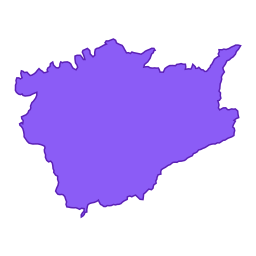 Natividade da Serra, São Paulo, Brazil (orthographic projection)
{"feature_id": "56859067B75442298859642", "entity_name": "Natividade da Serra", "entity_type": "district", "adm_level": 2, "iso_a3": "BRA", "parent_name": "Brazil", "parent_adm1": "São Paulo", "projection": "orthographic", "projection_center": [-45.377, -23.427], "detail": "fine", "context": "isolated", "style": "filled", "palette": "violet", "viewbox_px": 256, "rotation_deg": 0, "n_neighbors": 0, "source": "geoboundaries", "source_scale": "gbopen_adm2", "svg_char_len": 4460}
<svg xmlns="http://www.w3.org/2000/svg" viewBox="0 0 256 256"><path d="M181.6,161.1L184.6,160.4L185.9,159.5L187.3,158.1L189.6,156.9L192.3,155.7L193.4,153.6L195.4,152.9L197.2,151.8L198.5,150.0L200.8,149.4L203.0,148.3L204.7,147.7L206.4,146.7L209.0,145.0L211.5,144.2L213.2,143.9L215.2,144.0L217.4,142.8L219.4,142.9L221.4,141.6L223.1,140.4L225.0,140.1L228.0,138.2L231.8,136.8L233.9,135.5L234.1,132.8L234.7,130.6L234.2,128.2L232.7,127.0L233.2,125.2L234.1,123.4L235.4,121.1L234.0,120.3L236.4,118.5L238.7,117.6L238.0,114.3L237.7,111.0L235.3,108.9L233.8,109.2L231.6,108.9L229.0,109.8L227.5,109.6L225.8,107.8L223.2,107.9L221.7,108.7L219.7,109.9L218.4,107.9L219.0,105.0L218.5,102.8L217.8,100.8L219.4,100.3L220.9,98.2L220.3,95.8L220.5,92.9L219.0,91.1L219.8,88.7L220.0,85.9L220.2,83.8L221.0,81.8L221.7,79.2L221.4,77.0L222.3,74.9L224.4,72.0L223.4,70.0L222.8,67.8L225.3,64.2L226.9,60.8L229.4,59.8L231.0,58.2L233.2,56.8L235.4,54.2L236.4,51.5L238.5,49.2L240.6,45.7L238.2,45.1L235.6,45.1L234.1,45.9L231.3,47.1L228.8,48.6L226.1,49.5L223.8,49.1L222.0,49.8L219.0,49.7L219.3,51.9L218.2,53.9L219.2,56.1L217.7,56.8L215.9,58.1L214.4,59.2L213.4,61.3L211.9,64.1L210.6,65.5L210.0,67.5L208.7,68.6L207.7,70.1L206.4,71.4L204.6,71.4L203.2,69.9L201.2,69.7L198.8,67.3L197.5,68.3L195.7,68.4L195.2,66.7L192.8,64.3L191.8,67.3L190.8,69.1L188.6,68.8L185.3,69.3L185.8,67.0L185.4,64.2L183.1,64.2L181.1,63.6L179.0,64.1L176.7,64.4L175.5,65.7L172.5,65.5L169.6,65.6L167.2,66.9L165.0,68.5L163.3,72.2L160.1,72.1L159.4,70.0L158.4,68.0L156.6,68.1L154.6,67.9L152.5,68.1L150.1,67.8L148.1,66.6L145.4,66.8L143.8,67.1L144.5,64.5L146.0,63.2L147.7,61.8L150.1,58.3L151.0,55.7L151.7,53.9L153.3,52.7L153.7,50.9L155.1,50.3L153.9,48.4L151.7,48.3L149.5,49.4L147.4,50.2L145.3,51.2L143.5,52.7L141.1,54.2L138.9,53.7L136.5,53.2L133.8,52.7L131.9,52.0L130.4,53.5L128.5,52.7L126.5,52.9L125.6,51.2L124.5,49.4L123.4,47.2L122.1,45.4L119.7,44.5L118.2,43.8L116.5,42.9L115.6,40.3L113.4,39.0L110.6,40.1L108.3,41.0L106.2,40.9L105.0,42.8L106.4,44.1L103.7,45.2L102.2,46.1L100.3,47.1L98.6,48.1L97.0,48.3L95.3,49.4L94.7,52.5L94.8,55.2L93.0,56.8L91.7,55.5L90.2,53.9L89.7,50.5L87.4,48.4L85.1,49.5L83.0,50.4L82.3,52.1L83.4,54.6L84.3,57.1L84.9,59.5L83.4,59.5L82.1,57.5L80.4,55.3L77.0,55.3L75.0,56.1L75.0,59.0L75.5,62.8L77.0,65.1L77.7,67.3L76.1,69.8L74.2,68.9L72.8,67.9L71.6,65.8L70.8,64.0L69.4,62.7L67.4,61.9L64.1,62.1L62.3,62.7L60.8,61.9L60.0,63.7L59.7,66.7L58.2,68.0L56.0,67.6L53.6,65.2L52.7,62.0L50.4,63.6L50.0,66.5L47.8,68.0L47.1,69.9L47.8,71.6L45.6,72.5L43.7,72.7L42.4,71.3L40.5,70.1L39.0,68.6L37.6,70.1L35.8,72.4L34.3,73.7L31.7,75.2L30.2,75.5L28.5,73.9L27.0,72.2L24.3,72.5L23.0,71.3L21.4,70.8L20.8,73.3L21.3,75.7L22.1,77.8L20.4,78.9L18.9,77.9L16.8,77.9L16.0,80.4L16.4,83.0L15.5,85.1L15.5,88.1L15.4,90.3L16.3,92.1L17.5,93.3L19.0,94.3L20.6,94.6L22.1,94.0L23.0,95.4L25.1,96.0L27.9,95.7L30.0,95.4L32.4,94.1L34.2,93.3L36.8,92.3L36.8,95.2L35.6,98.2L33.4,101.2L31.9,102.6L30.5,106.1L30.8,107.9L30.2,109.6L28.7,110.8L28.0,112.8L26.2,114.7L21.5,116.8L21.8,118.7L23.2,120.6L22.7,123.7L21.5,122.6L19.6,123.8L20.0,125.4L21.3,126.4L22.8,128.6L23.7,131.8L24.1,134.4L24.1,136.8L25.5,138.8L27.2,141.3L29.0,143.1L31.0,143.6L32.8,144.0L35.6,143.9L37.9,143.9L40.9,144.6L43.0,145.4L44.6,146.3L45.0,148.0L44.3,149.7L44.5,152.0L45.6,154.8L45.4,157.3L46.7,160.3L48.6,161.9L50.7,161.1L52.3,163.1L52.8,165.7L53.1,168.7L54.0,170.7L53.7,172.3L55.6,175.1L57.7,176.2L57.6,179.3L58.6,182.3L58.0,185.3L56.7,188.0L55.6,191.1L56.8,193.0L58.0,194.3L59.8,194.6L61.8,194.4L63.3,194.9L64.8,196.6L65.6,199.2L66.6,201.9L66.0,204.4L66.9,206.9L68.6,207.1L70.8,207.6L73.7,207.8L75.9,207.7L77.7,208.4L79.6,209.3L81.4,208.3L84.1,208.6L84.0,211.1L82.4,212.9L81.2,214.9L81.3,217.0L83.0,215.9L84.2,214.5L85.0,212.4L86.8,212.0L86.8,209.5L87.4,206.3L88.0,204.6L89.7,203.5L91.7,202.9L94.2,202.4L96.9,201.3L98.4,200.1L99.2,202.0L100.5,204.4L102.1,205.2L103.8,206.5L105.8,206.5L107.1,205.6L109.6,205.7L111.4,205.5L113.4,204.5L115.6,204.9L117.1,204.4L119.0,204.3L120.9,203.6L122.4,202.1L124.3,200.8L127.2,199.4L127.4,196.8L129.8,196.0L131.8,196.8L133.7,195.8L135.6,195.1L137.7,197.1L140.0,199.3L143.0,199.6L143.4,196.6L143.6,194.1L145.7,192.3L146.9,191.0L148.8,189.1L151.5,189.7L153.0,188.2L153.3,186.3L153.9,184.7L156.1,183.3L155.8,180.9L156.8,179.2L157.0,177.4L158.1,174.8L160.9,174.1L160.7,171.8L161.3,169.8L162.6,168.8L165.4,167.3L168.2,165.3L170.2,164.6L171.6,163.4L173.0,162.4L175.2,162.2L177.0,162.3L178.7,161.3L181.6,161.1Z" fill="#8b5cf6" stroke="#5b21b6" stroke-width="1.5"/></svg>